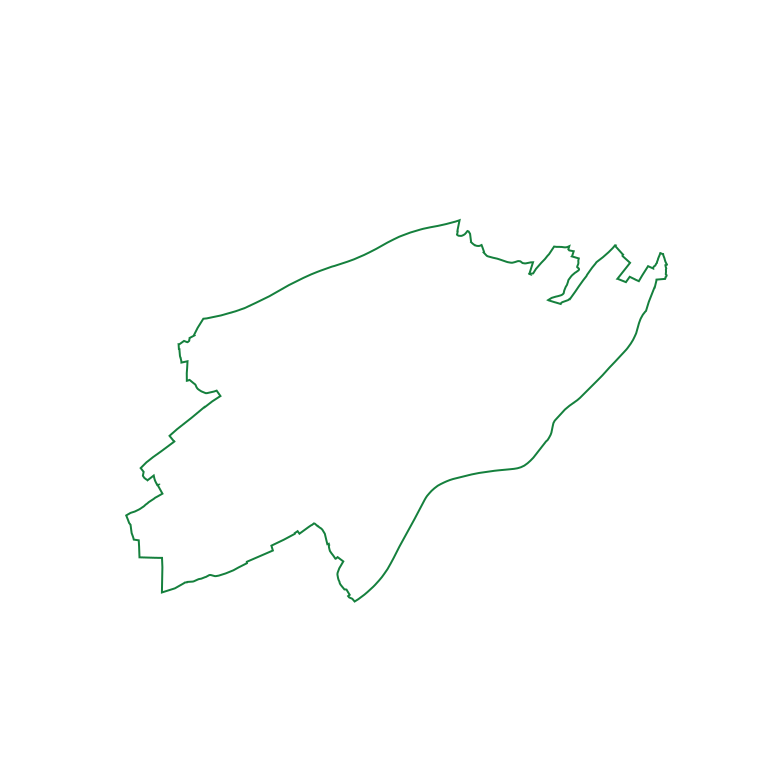 the district of Overbetuwe, Gelderland, Netherlands, rotated 144°
{"feature_id": "6326949B83262310623938", "entity_name": "Overbetuwe", "entity_type": "district", "adm_level": 2, "iso_a3": "NLD", "parent_name": "Netherlands", "parent_adm1": "Gelderland", "projection": "natural_earth1", "projection_center": [5.758, 51.922], "detail": "fine", "context": "isolated", "style": "outline", "palette": "green", "viewbox_px": 768, "rotation_deg": 144, "n_neighbors": 0, "source": "geoboundaries", "source_scale": "gbopen_adm2", "svg_char_len": 5974}
<svg xmlns="http://www.w3.org/2000/svg" viewBox="0 0 768 768"><g transform="rotate(144 384 384)"><path d="M535.6,225.3L531.2,225.0L523.6,225.1L519.7,225.4L511.8,226.3L509.4,226.7L503.7,227.9L499.3,229.0L495.6,230.2L489.9,232.2L483.8,235.0L478.4,237.6L467.1,243.4L438.9,256.7L419.0,266.5L416.7,267.5L414.7,268.2L411.3,269.0L408.4,269.6L404.6,270.0L400.3,270.1L397.0,269.7L393.6,269.1L390.7,268.5L387.2,267.6L383.9,266.5L366.2,259.3L359.3,256.1L345.7,248.9L342.2,246.9L331.9,240.8L328.6,238.9L325.6,237.4L322.2,236.2L318.5,235.5L314.4,235.5L310.6,235.9L306.5,236.6L286.7,242.3L284.6,242.5L282.1,243.5L279.0,245.0L277.1,246.3L272.3,250.7L269.9,252.8L267.4,254.0L252.6,257.0L246.7,257.4L237.1,257.3L233.5,257.6L209.4,261.4L202.2,262.6L191.9,264.8L184.1,266.2L167.8,269.4L165.9,269.9L160.7,271.6L156.6,273.3L153.2,275.1L150.2,276.8L142.0,283.3L138.6,285.6L137.5,286.2L133.9,287.9L130.1,289.0L129.1,289.1L121.5,294.8L108.5,303.1L108.3,302.9L103.1,307.3L102.2,308.3L94.8,303.8L93.9,304.4L93.6,304.9L93.1,304.9L91.7,305.5L91.4,306.0L91.6,306.8L91.5,307.2L89.9,309.0L88.5,311.1L87.7,311.6L87.3,313.0L86.5,314.7L85.1,314.2L84.9,314.3L84.7,316.1L84.4,317.6L83.7,319.7L83.2,320.9L82.4,323.9L81.8,325.1L82.4,325.6L83.4,327.4L83.5,327.5L85.4,326.2L87.1,325.2L88.8,324.1L89.3,323.6L91.2,322.4L92.1,321.5L92.9,321.4L94.9,320.4L96.6,320.4L97.2,320.2L97.9,319.8L98.3,319.2L101.1,324.1L111.2,320.1L117.4,317.4L119.1,320.4L118.9,320.5L119.1,320.5L122.2,326.3L128.4,324.2L132.5,330.7L133.2,331.8L133.3,331.9L119.0,335.9L113.7,337.4L115.8,347.3L115.3,348.0L114.5,348.2L114.7,349.0L115.8,359.6L115.1,359.9L115.5,360.4L119.1,359.5L124.8,358.6L132.3,357.9L139.8,357.7L140.9,357.6L141.8,357.2L147.2,355.8L150.5,354.7L155.5,353.0L156.8,352.3L161.7,350.9L169.2,348.4L174.7,346.4L183.7,343.4L183.9,343.8L185.1,343.6L185.9,343.7L191.7,345.4L192.9,345.4L193.6,345.2L194.0,344.9L197.4,349.3L197.6,349.5L201.7,355.0L201.9,355.4L197.7,355.1L193.7,353.7L191.6,352.8L188.5,351.7L187.2,351.5L186.2,351.6L185.5,351.7L185.1,352.0L183.2,353.7L180.0,355.7L177.6,356.7L176.7,357.4L175.1,358.5L174.1,359.4L173.4,359.8L169.3,361.1L167.9,361.4L164.1,361.7L162.8,361.6L159.9,361.6L159.3,361.8L158.9,362.0L158.6,362.5L158.6,362.9L158.6,363.4L159.0,364.8L159.0,365.0L158.8,365.2L158.6,365.5L156.5,366.8L156.1,367.1L155.4,367.9L154.4,369.5L152.6,371.1L157.0,376.8L156.6,376.9L152.5,379.9L155.6,383.2L155.7,384.6L153.1,386.6L155.1,387.0L156.6,387.7L157.8,388.6L160.0,390.7L163.9,393.6L165.6,395.2L174.2,392.0L176.4,391.6L180.3,390.5L185.5,389.6L193.4,387.8L198.3,385.8L201.5,387.5L201.5,387.3L201.7,387.6L201.2,388.0L191.9,394.9L193.7,396.1L198.3,398.2L199.2,398.8L200.8,400.4L201.2,401.7L201.4,402.6L201.6,403.1L202.3,403.8L203.1,404.5L203.7,404.8L206.5,405.7L208.0,406.3L209.1,406.8L210.2,407.7L212.4,410.0L213.0,410.8L216.8,416.2L218.7,418.8L221.6,422.1L224.9,426.2L225.5,427.3L226.1,432.0L225.4,432.1L224.0,436.8L223.4,439.1L225.3,439.5L226.4,440.1L227.6,441.1L228.9,442.7L228.8,442.9L229.2,443.5L229.8,445.6L230.2,447.7L230.0,447.8L228.8,450.0L226.1,454.9L225.9,457.7L226.6,458.7L229.1,458.0L230.6,457.7L232.1,457.8L233.6,458.1L234.2,458.3L234.8,458.7L236.3,459.9L236.7,460.5L237.1,461.4L237.1,462.0L236.1,462.8L235.9,463.0L234.6,464.2L234.5,464.4L234.7,464.6L233.8,465.5L226.6,472.1L230.5,473.3L239.8,476.9L247.4,480.2L254.5,483.6L261.0,486.5L263.6,487.5L273.5,491.0L281.0,493.1L285.1,494.2L291.2,495.3L298.1,496.4L310.9,497.9L318.6,499.1L324.3,500.1L329.6,501.3L335.0,502.5L341.6,504.4L354.6,508.6L357.2,509.6L368.8,513.0L372.5,514.0L378.5,515.5L386.8,517.2L402.8,519.9L425.2,522.4L440.0,525.0L452.0,527.3L461.4,530.1L475.6,535.3L488.9,541.3L491.8,543.0L501.7,539.0L508.7,535.4L508.7,534.7L514.2,535.5L514.4,535.1L515.2,534.6L515.9,533.7L516.3,533.4L517.5,533.3L518.3,533.3L518.6,533.5L520.5,536.4L525.0,536.4L526.4,536.5L526.8,536.9L529.4,532.8L529.0,532.4L529.7,531.4L532.6,526.6L533.3,524.7L533.2,524.6L534.0,522.9L534.4,521.8L535.3,520.4L529.6,517.9L533.9,512.6L537.2,508.7L541.6,502.5L540.8,502.1L539.0,501.7L538.9,501.6L537.7,497.0L537.0,494.6L537.0,494.1L537.6,491.4L537.6,489.7L537.1,488.0L536.1,485.4L533.7,481.5L532.7,480.7L525.9,477.8L523.3,477.0L523.4,470.4L533.2,470.9L542.8,470.6L542.8,470.9L559.2,469.8L577.6,469.1L586.4,468.3L588.0,468.1L587.6,460.9L587.4,460.9L587.4,460.7L604.2,460.5L613.7,460.6L620.8,460.3L622.0,460.3L630.3,459.0L630.2,457.5L630.1,454.2L633.0,451.5L633.1,449.0L632.5,446.8L631.9,445.5L631.9,445.1L624.1,445.3L625.3,442.6L626.0,440.5L626.4,438.5L626.8,435.8L626.3,435.7L626.1,435.4L626.5,435.5L626.5,435.1L626.2,435.0L626.7,434.8L626.6,434.5L627.7,425.5L633.1,426.1L636.1,426.5L637.6,426.4L644.0,426.7L645.4,426.5L647.8,426.5L650.0,426.2L655.4,426.4L656.7,426.6L660.6,427.3L664.8,428.7L669.8,429.2L670.6,426.1L670.7,425.6L671.9,421.3L671.8,420.0L671.9,419.4L671.8,419.1L673.6,415.8L675.8,411.7L676.7,408.5L677.2,406.9L677.9,405.2L674.3,401.7L677.7,396.4L683.7,387.5L670.9,377.6L665.8,373.8L671.0,366.0L686.2,345.9L673.3,341.6L662.7,340.4L662.0,340.5L661.6,340.3L659.8,339.3L659.5,339.5L654.9,336.6L654.0,336.2L649.7,335.3L648.5,335.0L646.2,333.9L642.3,332.9L641.6,332.6L637.7,332.1L636.9,331.7L636.2,331.0L633.7,327.9L632.8,327.3L630.3,326.1L623.4,323.8L615.3,321.8L609.6,321.1L600.2,319.6L599.7,320.7L599.5,320.8L571.8,314.6L570.1,319.4L556.5,316.9L544.2,315.2L543.6,315.6L543.6,315.8L540.4,315.7L540.4,312.6L528.8,312.6L526.0,312.5L525.0,312.3L522.6,312.4L522.0,311.5L521.3,308.1L521.0,308.1L520.5,305.8L519.9,304.5L519.6,303.1L519.5,302.4L519.9,297.6L522.2,292.1L524.0,287.7L522.6,287.2L523.1,286.4L523.0,286.2L523.0,285.9L523.7,285.6L524.5,284.2L525.3,282.3L525.9,280.7L526.0,278.2L525.9,275.1L526.0,271.5L526.0,271.2L525.9,271.1L525.4,271.0L523.3,271.2L521.2,264.4L522.3,263.9L528.5,261.2L532.4,258.6L533.4,257.6L533.8,257.0L535.2,254.1L535.9,252.2L536.2,250.4L536.8,249.1L537.1,247.5L537.0,244.8L536.8,242.0L536.8,241.1L536.5,240.8L535.7,240.3L535.2,239.7L535.7,233.6L537.7,233.5L537.6,231.8L535.9,228.9L535.6,225.3Z" fill="none" stroke="#15803d" stroke-width="2"/></g></svg>